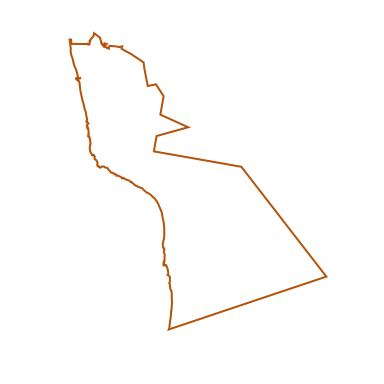 Playas de Rosarito, Baja California, Mexico (orthographic projection), rotated 10°
{"feature_id": "50627088B91471061308984", "entity_name": "Playas de Rosarito", "entity_type": "district", "adm_level": 2, "iso_a3": "MEX", "parent_name": "Mexico", "parent_adm1": "Baja California", "projection": "orthographic", "projection_center": [-116.976, 32.258], "detail": "fine", "context": "isolated", "style": "outline", "palette": "amber", "viewbox_px": 384, "rotation_deg": 10, "n_neighbors": 0, "source": "geoboundaries", "source_scale": "gbopen_adm2", "svg_char_len": 5532}
<svg xmlns="http://www.w3.org/2000/svg" viewBox="0 0 384 384"><g transform="rotate(10 192 192)"><path d="M339.0,252.0L236.2,158.6L147.4,158.6L147.4,143.0L177.0,128.9L147.4,121.3L147.4,102.6L137.8,92.2L130.0,95.3L123.8,79.1L121.8,72.8L116.4,70.3L110.2,67.7L109.6,67.4L109.1,67.0L101.4,64.5L97.7,63.1L98.0,60.7L94.6,62.1L93.4,61.8L93.2,61.7L85.3,62.4L85.0,64.6L85.2,65.1L84.3,65.1L83.6,65.1L83.3,64.9L83.4,64.6L83.2,64.6L82.7,64.4L81.1,64.3L80.2,64.2L82.2,61.0L80.4,60.9L80.1,60.8L78.8,62.7L78.8,62.8L79.0,62.8L78.8,63.1L76.7,61.2L77.0,60.8L76.6,60.5L76.6,60.3L76.6,59.9L74.9,56.8L74.7,56.6L74.6,56.0L67.9,52.6L67.9,55.7L66.0,58.8L65.9,59.7L65.1,60.4L65.3,60.7L65.1,60.9L65.2,61.0L65.1,62.0L65.4,62.1L65.3,63.9L65.3,64.5L64.1,64.9L63.3,64.1L62.6,64.5L60.7,64.9L47.5,67.1L46.5,62.9L45.0,63.1L45.4,64.4L45.7,65.3L46.6,68.3L47.7,71.7L47.9,72.4L47.9,73.9L48.8,77.0L49.7,78.6L51.4,81.8L51.8,82.4L52.7,84.8L53.0,85.2L53.1,86.0L53.8,87.2L54.0,87.7L54.4,88.4L54.8,89.1L55.5,90.0L55.8,90.3L56.6,91.8L57.2,92.8L58.1,94.6L58.7,96.2L59.2,97.1L59.3,97.4L59.6,99.2L59.5,99.5L59.2,99.6L58.7,99.7L58.4,99.8L58.2,100.3L58.1,100.5L58.4,101.0L59.1,101.4L59.2,101.2L58.5,100.7L58.4,100.5L58.4,100.3L58.5,100.1L58.9,100.0L60.5,99.6L62.0,99.1L62.1,99.5L58.8,100.3L58.9,100.5L59.3,100.4L59.6,100.5L60.3,100.9L60.5,101.2L60.5,101.4L60.3,101.7L60.1,101.8L59.6,101.5L60.5,102.3L61.4,102.4L61.5,102.5L61.7,103.3L61.6,103.5L61.3,103.6L61.9,103.5L61.7,102.8L61.9,103.3L62.2,103.5L62.4,104.2L62.4,104.8L62.8,105.7L62.9,106.5L63.4,107.7L63.6,108.6L64.3,111.1L64.5,111.4L65.3,113.7L66.1,115.7L66.3,116.0L66.5,116.6L67.3,118.6L68.2,120.5L68.6,121.7L69.6,123.4L69.9,124.2L70.4,125.1L70.9,126.2L71.2,127.3L71.6,128.0L71.7,128.6L72.2,129.5L72.8,130.3L73.5,131.9L73.7,132.2L74.0,133.0L74.4,134.6L74.8,135.5L75.1,136.2L75.5,137.3L76.1,138.1L76.1,138.6L75.9,138.7L75.9,138.8L75.9,139.1L76.0,139.0L76.3,139.4L76.3,139.6L76.1,140.1L76.1,140.3L76.0,140.5L75.9,141.0L76.5,141.0L77.1,141.6L76.9,141.7L76.9,142.0L77.0,142.3L77.3,142.6L77.5,142.7L77.4,143.1L77.5,143.1L77.4,143.2L77.5,143.3L77.4,143.5L77.4,143.9L77.3,144.2L77.1,144.2L77.1,144.5L77.2,144.8L77.0,145.0L76.9,145.1L77.1,145.4L77.5,145.4L77.6,145.5L77.8,145.8L77.9,146.2L77.8,146.4L77.7,146.7L77.9,146.9L77.7,147.2L77.8,147.5L78.0,147.7L78.4,147.7L78.7,147.5L78.9,147.9L78.9,148.2L78.9,148.3L79.2,148.5L79.2,149.0L79.4,149.2L79.4,149.4L79.4,149.6L79.7,150.9L80.3,152.9L80.2,153.4L79.9,153.4L79.9,153.5L80.0,153.7L80.0,154.2L80.5,154.7L80.5,154.9L80.3,155.3L81.0,155.4L81.1,155.6L81.4,155.6L81.7,156.1L81.8,156.3L81.7,156.6L82.1,157.2L82.0,157.5L82.8,158.4L82.9,158.7L82.7,159.1L82.7,159.3L82.9,159.5L83.1,159.9L83.2,160.4L83.1,160.8L83.2,161.1L83.8,162.0L83.8,162.3L83.6,163.1L83.4,163.7L83.4,163.9L83.5,164.3L83.8,164.7L83.6,165.2L83.6,166.6L84.0,167.5L84.4,168.1L84.4,169.1L85.3,170.7L87.0,172.6L87.1,173.1L87.4,173.3L87.7,173.1L87.5,172.7L88.0,172.4L88.8,172.6L90.1,174.0L90.0,174.6L89.9,174.9L90.3,175.5L90.3,176.4L90.8,176.8L91.4,176.8L92.6,177.7L94.0,179.8L93.9,181.8L94.4,182.4L94.8,183.1L95.2,183.2L95.5,182.9L95.9,182.9L96.5,183.5L97.2,183.9L97.4,184.0L97.7,183.5L98.0,183.2L98.7,182.9L99.6,182.3L101.3,182.4L102.1,182.9L103.9,183.0L104.8,183.3L106.4,185.0L107.8,185.6L108.1,186.4L108.6,186.8L109.2,186.9L109.6,186.9L109.9,186.7L110.4,186.8L111.1,187.1L111.4,187.4L112.4,187.8L112.6,188.0L112.8,187.9L113.0,187.6L113.5,187.7L114.1,188.0L114.3,188.3L115.0,188.7L114.9,189.0L115.3,189.0L115.9,188.6L117.9,189.2L118.3,189.2L120.1,189.9L120.5,190.4L120.6,190.7L121.1,190.9L121.9,190.1L122.6,190.2L123.4,190.7L123.9,190.9L125.8,191.4L126.8,191.4L127.7,191.6L129.0,192.1L129.6,192.8L130.5,192.6L131.0,192.8L131.4,193.2L131.6,193.5L132.6,193.8L134.2,195.0L135.0,195.2L135.5,195.5L136.6,195.6L138.2,196.5L138.6,196.4L139.2,196.4L139.5,196.6L139.9,196.6L141.0,196.8L141.5,196.8L142.1,196.9L142.9,197.4L144.3,198.5L146.8,200.0L147.9,200.6L148.4,200.5L149.1,200.7L151.8,201.9L153.6,203.1L153.9,203.5L155.3,204.2L156.3,204.7L157.5,206.0L158.2,206.4L159.6,208.0L161.2,210.2L161.7,211.1L164.5,215.3L165.5,217.0L166.1,218.2L167.4,222.1L167.9,223.5L168.1,223.7L168.8,225.3L169.4,227.1L169.8,227.9L170.1,229.6L170.3,230.1L170.8,231.8L171.4,234.7L171.7,237.0L172.0,237.8L172.5,241.9L172.5,243.6L172.2,244.7L172.3,245.6L172.5,246.2L172.2,247.6L172.2,248.4L172.6,249.5L173.1,250.6L173.1,251.3L173.1,251.7L173.7,251.8L174.0,252.6L174.6,252.9L174.9,253.2L174.7,254.2L174.5,254.7L174.5,255.2L174.6,255.8L175.3,256.9L176.2,259.3L176.1,260.0L176.3,261.3L176.5,262.0L176.8,264.2L176.5,264.8L176.7,265.0L176.9,265.3L176.6,266.0L176.3,266.1L176.4,266.3L176.6,266.3L176.9,267.6L176.7,267.9L176.4,268.0L176.5,268.2L176.8,268.6L176.7,268.8L176.7,269.0L176.8,269.2L177.1,269.0L177.3,268.6L177.7,268.4L178.2,268.4L178.1,268.8L178.3,268.9L178.4,268.5L178.6,268.5L179.0,268.5L179.5,268.9L180.0,269.6L181.5,272.4L181.9,273.4L182.1,274.1L182.6,275.2L182.7,275.6L182.7,276.8L182.8,277.2L182.8,277.4L182.4,277.9L183.1,278.1L184.8,279.2L185.1,280.1L185.3,281.5L185.5,282.2L185.7,283.1L185.6,284.0L185.8,284.5L185.7,284.9L185.6,285.3L185.4,285.7L185.6,286.0L186.3,287.0L186.5,287.5L186.5,288.0L186.7,289.0L187.2,289.6L187.2,290.2L187.3,290.8L187.5,291.3L188.4,292.4L189.3,293.9L189.7,295.7L189.9,296.2L190.0,297.0L190.1,298.2L190.7,300.7L191.0,302.4L191.4,303.5L191.6,304.7L191.9,308.2L192.1,309.1L192.0,309.6L192.1,310.3L192.2,310.8L192.2,311.7L192.4,312.7L192.1,313.4L192.6,315.8L192.6,316.9L192.8,320.2L192.8,323.0L193.0,325.1L193.0,326.6L193.3,329.7L193.0,331.4L272.7,288.0L339.0,252.0Z" fill="none" stroke="#b45309" stroke-width="2"/></g></svg>